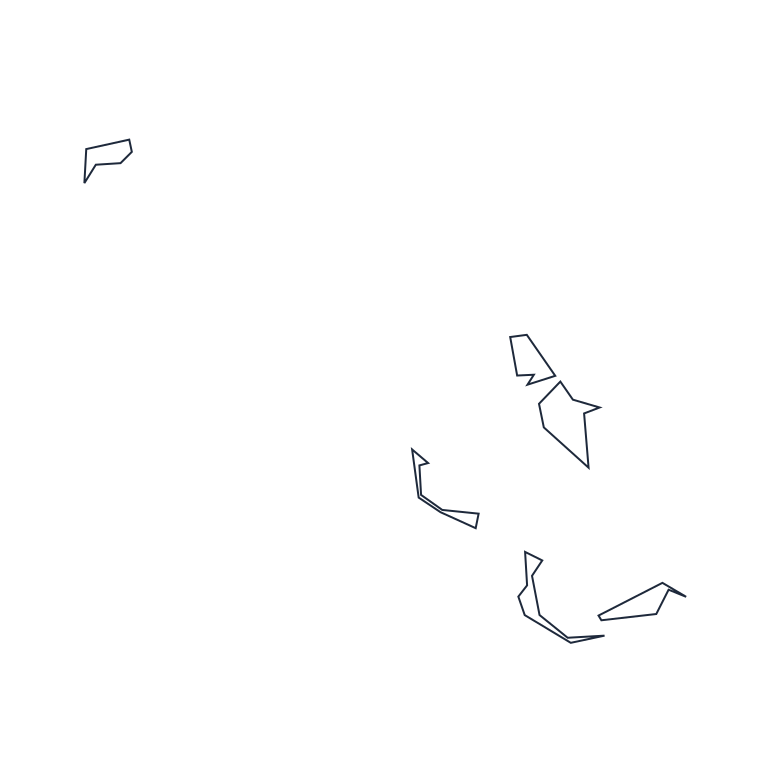 SVG path tracing the border of The Bahamas, rotated 168°
{"feature_id": "BHS", "entity_name": "The Bahamas", "entity_type": "country or territory", "adm_level": 0, "iso_a3": "BHS", "parent_name": "North America", "parent_adm1": "", "projection": "robinson", "projection_center": [-76.093, 23.939], "detail": "coarse", "context": "isolated", "style": "outline", "palette": "slate", "viewbox_px": 768, "rotation_deg": 168, "n_neighbors": 0, "source": "natural_earth", "source_scale": "50m", "svg_char_len": 768}
<svg xmlns="http://www.w3.org/2000/svg" viewBox="0 0 768 768"><g transform="rotate(168 384 384)"><path d="M236.7,308.3L236.5,332.4L211.0,349.7L202.5,329.4L178.0,316.2L194.4,313.6L201.3,259.6L236.7,308.3ZM243.8,353.5L235.5,361.9L252.0,364.6L250.8,403.7L234.1,402.4L214.8,356.4L243.8,353.5ZM635.3,642.8L626.4,675.7L582.4,676.0L582.4,663.5L595.8,654.8L620.3,658.4L635.3,642.8ZM280.9,190.4L265.9,178.5L279.1,165.6L279.9,125.7L257.1,97.6L220.6,92.0L255.1,92.0L294.4,128.7L296.8,148.1L285.9,157.3L280.9,190.4ZM165.5,102.4L220.5,107.7L222.3,112.9L153.0,131.6L132.7,113.0L148.4,123.6L165.5,102.4ZM324.3,223.9L355.3,246.8L373.7,265.7L370.1,314.1L357.3,297.5L366.3,297.0L370.8,267.8L353.2,248.7L318.4,237.5L324.3,223.9Z" fill="none" stroke="#1e293b" stroke-width="2"/></g></svg>